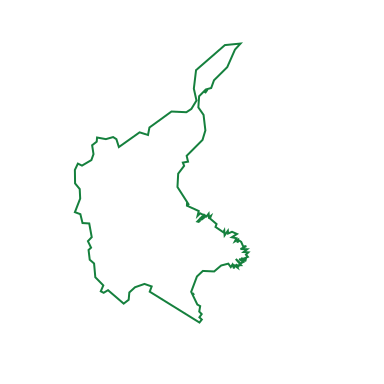 Ijivitari District, Northern, Papua New Guinea (Mercator projection), rotated 49°
{"feature_id": "67681753B98961984818312", "entity_name": "Ijivitari District", "entity_type": "district", "adm_level": 2, "iso_a3": "PNG", "parent_name": "Papua New Guinea", "parent_adm1": "Northern", "projection": "mercator", "projection_center": [148.78, -9.036], "detail": "medium", "context": "isolated", "style": "outline", "palette": "green", "viewbox_px": 384, "rotation_deg": 49, "n_neighbors": 0, "source": "geoboundaries", "source_scale": "gbopen_adm2", "svg_char_len": 1954}
<svg xmlns="http://www.w3.org/2000/svg" viewBox="0 0 384 384"><g transform="rotate(49 192 192)"><path d="M226.5,297.5L230.2,288.2L236.8,284.4L239.5,289.3L295.4,272.0L294.7,268.3L291.4,268.6L290.5,264.8L287.0,265.0L283.5,260.7L280.4,261.8L266.8,258.1L259.0,243.7L258.7,235.6L266.5,227.4L266.6,218.2L269.9,211.6L274.1,212.0L273.3,209.0L277.2,210.5L275.2,208.2L278.8,207.3L275.3,206.3L279.5,206.2L277.3,205.6L279.4,203.0L271.3,202.9L277.8,202.2L278.5,199.2L273.6,200.4L279.6,196.2L274.2,198.6L278.4,194.6L276.6,195.5L277.6,192.4L274.7,192.4L274.5,189.1L271.2,192.4L271.4,187.9L266.9,192.8L268.5,186.5L266.7,189.1L261.9,187.6L259.3,188.3L259.9,191.0L258.1,188.6L257.4,192.0L256.1,188.8L252.3,191.6L253.2,185.6L248.3,187.9L247.0,192.0L244.8,190.4L246.1,195.8L242.2,192.9L242.9,194.8L233.8,197.2L232.3,194.5L223.7,195.8L222.4,193.3L222.2,195.8L219.3,193.7L220.0,197.1L218.0,197.6L219.3,198.5L219.3,199.4L219.1,202.8L217.6,203.5L219.0,205.2L218.9,206.6L217.8,207.3L217.2,200.6L219.0,198.7L217.9,198.0L213.5,199.8L213.7,203.5L210.8,199.4L199.0,204.8L197.2,203.1L199.8,202.8L178.7,199.7L169.1,190.4L167.1,180.8L163.8,179.6L166.5,175.1L161.2,172.3L159.6,149.9L154.3,141.5L141.4,132.7L132.3,131.7L124.4,123.8L123.7,114.3L126.1,109.3L122.1,102.1L120.9,83.5L112.7,66.1L111.8,58.0L102.7,70.8L102.7,109.0L115.2,122.8L125.9,128.6L128.9,138.0L128.1,143.9L117.8,154.7L115.4,181.8L120.1,187.8L112.6,192.4L110.1,217.7L102.5,214.4L98.8,215.5L95.6,222.3L88.6,227.9L91.5,230.9L91.2,236.7L98.8,241.5L101.9,247.0L99.9,257.7L95.7,259.5L98.5,265.9L108.8,274.6L116.1,274.8L123.6,280.7L130.4,293.6L135.5,290.8L143.6,295.0L148.3,290.2L160.3,297.3L160.8,302.8L167.8,304.7L167.9,308.1L176.0,313.6L181.7,312.8L192.9,320.9L204.3,320.2L207.1,326.0L210.1,324.8L211.0,319.8L231.4,316.8L231.8,310.5L226.7,305.2L226.5,297.5ZM125.9,117.3L125.1,113.9L124.7,113.8L124.1,114.6L125.9,117.3ZM269.6,258.3L269.8,257.9L269.6,257.9L269.6,258.3Z" fill="none" stroke="#15803d" stroke-width="2"/></g></svg>